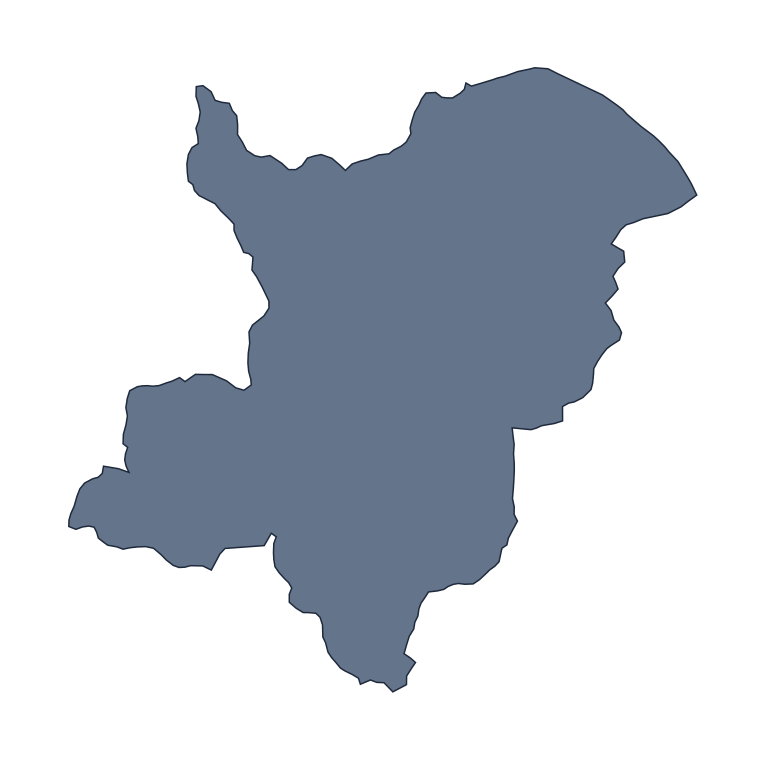 São Manuel, São Paulo, Brazil, rotated 357°
{"feature_id": "56859067B98570354886966", "entity_name": "São Manuel", "entity_type": "district", "adm_level": 2, "iso_a3": "BRA", "parent_name": "Brazil", "parent_adm1": "São Paulo", "projection": "mercator", "projection_center": [-48.563, -22.699], "detail": "fine", "context": "isolated", "style": "filled", "palette": "slate", "viewbox_px": 768, "rotation_deg": 357, "n_neighbors": 0, "source": "geoboundaries", "source_scale": "gbopen_adm2", "svg_char_len": 3705}
<svg xmlns="http://www.w3.org/2000/svg" viewBox="0 0 768 768"><g transform="rotate(357 384 384)"><path d="M129.7,377.4L126.9,384.9L125.0,394.0L126.1,402.5L124.2,411.3L121.1,420.6L120.3,430.0L124.7,433.9L122.2,440.2L121.1,446.4L122.2,452.6L124.7,458.9L114.4,454.7L99.6,451.4L98.0,458.6L93.6,462.2L88.1,463.4L79.9,467.2L74.8,472.8L71.4,480.4L68.2,489.8L64.5,497.0L62.3,503.4L61.8,509.8L68.7,513.0L75.3,511.0L81.7,510.4L87.0,511.8L89.3,517.0L90.7,523.0L95.2,526.9L99.6,530.5L108.9,532.7L114.7,535.3L121.9,534.2L129.4,533.8L137.5,533.9L145.3,536.0L152.6,542.9L157.1,548.1L164.0,554.1L169.7,556.5L175.6,556.5L181.3,555.3L193.5,556.2L201.8,560.8L208.0,550.5L211.1,545.3L216.6,539.9L255.9,539.1L263.6,527.2L268.4,530.9L265.6,537.6L264.8,546.6L264.8,553.6L265.6,560.8L269.5,567.1L274.5,573.2L278.4,577.4L281.2,582.9L278.4,589.1L278.0,597.0L284.6,603.4L291.3,608.0L297.2,608.4L304.0,609.4L307.9,613.6L310.0,621.3L309.7,633.5L312.1,639.3L314.1,649.0L317.5,654.7L321.4,659.6L325.8,665.6L330.3,668.7L337.2,672.5L343.1,676.5L344.7,682.6L355.0,678.9L361.2,681.6L368.4,682.3L376.7,691.9L390.7,685.4L391.3,676.8L397.1,668.7L400.9,663.8L396.0,659.0L389.9,654.4L393.2,644.8L396.0,637.3L400.9,630.2L402.3,623.6L405.7,617.5L407.1,610.3L409.6,604.6L413.0,600.3L417.6,594.0L426.7,593.4L433.1,592.2L437.5,589.5L442.7,587.7L447.8,587.1L454.2,588.2L462.6,588.3L469.2,584.3L475.4,579.1L479.8,575.2L485.0,571.9L489.6,567.5L491.6,559.9L493.2,554.2L498.3,551.1L500.1,544.5L504.4,537.2L510.1,527.9L507.1,521.0L507.6,513.3L506.3,505.2L507.7,495.0L508.8,485.3L509.6,477.1L509.9,469.8L509.7,460.7L510.8,451.1L510.1,442.1L509.7,434.5L528.4,437.3L533.9,436.0L539.1,433.9L545.8,433.1L551.9,432.4L560.4,430.2L561.1,415.8L567.5,412.7L572.9,411.9L581.8,408.0L590.4,400.4L592.4,394.0L593.7,385.3L594.3,379.5L598.5,372.6L603.2,366.2L608.2,360.5L612.5,357.5L621.4,352.4L623.9,345.2L621.6,339.4L616.9,332.2L614.6,322.5L609.3,314.7L616.8,307.7L622.7,301.4L620.5,294.1L618.3,288.4L623.9,280.8L630.8,274.8L630.3,263.9L624.7,260.3L618.3,256.0L623.5,249.4L628.5,242.3L634.2,237.7L641.9,235.8L651.4,232.5L666.4,230.2L676.5,228.6L689.9,222.6L696.8,217.8L706.2,211.7L701.3,199.9L698.0,193.4L689.3,177.4L680.7,167.1L676.5,161.4L671.0,155.3L666.0,150.2L654.1,140.2L640.9,127.5L637.0,122.7L631.4,117.9L622.7,111.0L617.1,106.7L573.1,82.9L564.3,77.8L551.1,76.1L545.5,77.2L533.9,79.0L520.8,83.0L513.3,84.4L508.3,85.9L492.4,89.8L486.8,91.1L481.6,87.7L479.6,94.0L475.2,97.7L467.4,101.9L461.9,101.6L456.7,100.7L450.9,95.6L441.1,95.6L436.3,101.6L433.6,107.1L428.9,114.2L425.8,122.4L423.5,129.6L424.0,135.4L418.8,143.6L413.5,147.5L406.0,150.8L401.0,154.4L390.4,155.0L380.1,158.7L372.1,160.2L363.7,162.6L356.6,168.7L351.7,163.5L343.8,155.9L333.3,151.6L326.4,152.6L319.4,154.4L313.6,161.6L307.2,165.3L299.9,164.9L293.3,158.1L282.1,149.9L273.2,151.0L267.0,149.3L259.0,143.5L255.1,134.8L250.8,127.3L251.4,117.1L250.9,108.3L246.9,103.1L244.2,95.6L236.7,94.2L230.2,91.9L226.6,83.0L218.8,76.6L212.1,77.2L211.3,86.9L213.3,94.4L214.7,102.8L212.9,111.5L209.6,118.8L211.0,127.3L211.1,134.2L204.6,137.9L200.7,144.5L198.7,153.7L198.7,163.1L199.3,171.3L203.5,174.9L204.9,180.9L209.1,186.1L217.9,191.2L224.7,195.1L230.0,202.4L237.3,210.2L242.6,216.5L242.3,222.9L245.0,230.7L248.3,238.3L250.8,245.2L255.8,246.7L259.8,250.4L259.0,256.6L258.1,263.3L262.3,270.0L267.3,280.5L273.4,295.1L273.1,302.2L267.6,309.8L260.9,314.6L255.8,318.2L251.9,324.9L252.0,336.4L250.1,346.0L249.2,355.8L249.5,364.2L251.2,372.2L251.4,378.0L243.9,382.9L235.8,380.1L226.9,372.6L213.1,365.6L204.4,365.1L196.2,364.5L191.5,367.4L185.4,371.2L180.2,366.9L172.4,370.1L166.5,371.6L159.4,373.8L153.1,374.1L147.8,373.3L142.7,373.2L137.5,373.8L129.7,377.4Z" fill="#64748b" stroke="#1e293b" stroke-width="1.5"/></g></svg>